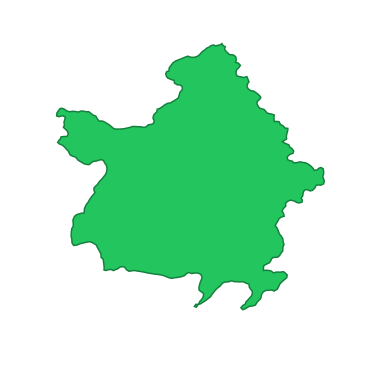 Rio Vermelho, Minas Gerais, Brazil, rotated 248°
{"feature_id": "56859067B81516280099310", "entity_name": "Rio Vermelho", "entity_type": "district", "adm_level": 2, "iso_a3": "BRA", "parent_name": "Brazil", "parent_adm1": "Minas Gerais", "projection": "robinson", "projection_center": [-43.059, -18.249], "detail": "fine", "context": "isolated", "style": "filled", "palette": "green", "viewbox_px": 384, "rotation_deg": 248, "n_neighbors": 0, "source": "geoboundaries", "source_scale": "gbopen_adm2", "svg_char_len": 5422}
<svg xmlns="http://www.w3.org/2000/svg" viewBox="0 0 384 384"><g transform="rotate(248 192 192)"><path d="M318.4,270.6L318.6,268.5L320.2,267.2L320.6,264.6L319.9,261.8L319.9,259.6L319.0,257.3L318.5,254.7L317.5,252.4L316.5,250.5L315.8,247.9L316.0,244.5L317.5,241.2L319.5,239.0L319.6,236.0L319.5,231.5L319.6,228.9L319.6,225.6L318.9,222.7L317.5,220.4L315.7,217.4L312.8,215.9L313.1,213.7L311.7,212.0L309.1,211.6L306.7,212.2L305.2,213.8L303.7,215.2L302.2,217.3L299.6,216.5L296.9,218.5L295.6,221.2L293.5,222.3L290.8,221.6L289.2,218.5L286.7,216.4L284.4,214.6L283.7,211.9L283.2,208.6L282.7,205.4L283.4,202.6L283.0,199.2L282.0,195.9L281.6,192.9L281.8,190.8L279.5,189.4L278.1,185.8L276.3,184.2L274.6,183.4L272.2,183.7L270.1,182.1L269.9,179.5L270.7,176.8L269.7,174.2L269.7,171.9L271.4,169.4L272.6,166.8L273.7,164.5L275.0,161.6L275.1,159.2L275.5,156.3L276.2,152.4L277.1,149.5L278.0,147.0L279.2,144.3L280.7,142.8L283.3,141.5L285.4,140.4L287.3,138.9L289.5,137.3L291.5,135.3L292.5,132.5L295.5,131.5L298.3,131.3L300.6,128.9L302.8,127.7L305.1,126.4L306.1,123.8L307.8,121.4L308.7,119.3L308.7,116.6L310.7,113.4L311.7,111.0L312.3,108.4L314.1,106.3L316.5,104.7L318.3,102.9L318.8,100.9L317.3,98.4L315.7,96.2L313.2,95.0L311.7,96.8L311.2,100.7L308.9,102.6L306.6,101.0L304.6,99.4L301.7,98.7L300.1,97.0L297.2,98.4L294.8,99.2L292.1,99.1L290.3,96.8L291.4,94.2L292.2,91.3L290.5,89.8L289.7,87.9L288.3,86.0L286.0,87.2L284.0,89.4L281.0,90.8L278.1,91.8L276.1,92.7L274.0,92.7L271.6,93.1L269.8,94.9L268.2,96.8L266.3,97.7L264.0,98.4L260.9,100.8L258.6,102.5L257.0,104.7L255.9,107.1L257.0,109.9L257.3,112.3L256.6,114.3L256.4,117.0L256.0,120.1L254.4,121.7L251.7,121.9L248.2,122.7L245.0,121.8L242.5,120.2L240.4,118.0L239.1,115.5L237.6,112.9L236.7,110.7L235.6,108.8L234.4,107.2L233.6,104.9L232.4,102.5L229.9,101.7L227.9,101.8L226.7,99.9L225.7,98.0L224.5,96.0L223.1,93.8L221.6,92.2L220.6,90.4L219.5,88.7L217.1,86.2L214.5,84.9L212.9,84.0L213.7,81.8L214.0,79.4L214.2,76.5L213.5,74.1L211.9,72.3L210.4,71.0L207.6,70.2L204.8,69.1L203.0,66.8L200.4,65.3L198.3,64.3L196.4,63.4L193.3,62.9L189.8,61.7L186.8,62.2L185.9,65.6L186.0,68.4L185.6,71.2L185.2,73.9L184.8,76.1L184.2,78.6L182.7,80.4L180.8,81.9L178.8,83.4L176.1,83.5L173.3,83.9L171.2,84.1L168.6,84.4L165.5,83.2L163.1,84.4L161.2,84.0L158.1,83.2L155.0,82.3L152.6,81.2L151.4,82.9L151.3,85.1L150.5,88.0L148.6,89.6L148.7,92.1L148.6,94.2L149.3,96.8L149.0,99.3L147.4,101.5L144.5,102.1L142.0,104.0L141.3,107.6L140.6,109.5L138.8,112.3L137.4,114.8L135.9,117.1L134.3,119.5L132.7,121.9L131.3,124.3L129.7,126.9L128.3,129.6L126.4,132.7L125.0,134.5L123.1,136.5L120.9,138.8L119.6,140.8L119.1,143.3L118.4,145.9L117.8,148.5L117.4,151.0L117.3,153.7L118.3,156.1L118.6,158.9L116.5,161.2L115.7,164.7L114.3,167.6L112.5,169.1L110.7,169.4L108.8,169.3L107.3,167.9L105.4,166.0L103.1,164.2L100.8,162.6L98.3,161.8L95.7,163.4L93.6,164.7L91.4,163.7L89.7,162.1L88.7,160.4L87.5,158.1L85.4,155.8L85.1,157.9L85.6,160.2L86.1,163.6L87.2,167.3L88.1,170.2L89.7,172.4L91.3,175.2L92.4,177.3L93.4,179.7L94.4,183.2L96.0,185.9L96.2,188.6L95.4,190.9L94.9,193.2L94.9,195.7L93.2,197.3L92.0,200.0L90.7,202.9L89.5,206.0L87.2,208.0L85.1,210.4L82.6,209.5L79.9,209.9L77.2,210.7L74.5,209.4L73.1,207.8L72.1,205.6L70.9,203.3L70.1,201.2L68.2,199.5L67.7,196.5L66.4,194.0L63.9,194.9L63.8,198.1L64.2,200.2L64.5,202.4L63.7,205.1L63.4,208.4L65.6,211.4L66.6,213.8L67.7,216.0L69.5,217.2L71.1,218.2L72.8,220.9L73.0,224.0L72.1,226.3L71.3,229.2L69.4,231.0L69.9,234.6L72.0,237.1L73.8,239.0L75.0,241.6L76.0,244.6L77.0,247.7L79.4,249.2L81.8,248.2L83.9,246.9L84.6,243.8L86.1,240.4L86.6,237.1L88.9,236.0L90.2,234.2L91.6,231.7L92.5,228.8L95.0,229.9L97.0,231.2L97.2,234.2L97.4,237.2L98.7,239.3L100.2,240.6L100.9,242.7L100.0,245.3L99.5,247.3L100.2,249.3L101.9,251.6L103.4,254.1L105.2,254.8L106.9,255.7L108.8,257.6L111.8,257.9L114.5,258.7L117.7,258.2L120.6,257.3L124.4,257.5L127.3,257.3L129.7,256.5L131.4,258.7L133.0,260.9L134.7,262.8L135.3,265.5L135.0,268.4L137.7,268.8L140.9,268.5L142.6,270.9L143.8,273.7L146.7,274.6L147.5,277.4L147.6,280.2L146.3,282.2L144.9,283.8L143.1,285.2L141.7,287.1L141.4,290.3L143.2,291.3L145.4,290.9L146.9,293.2L149.3,294.6L151.0,296.0L151.7,298.1L150.6,300.2L148.8,301.8L148.4,304.3L149.6,307.3L151.6,309.5L151.3,311.8L150.1,313.8L150.2,316.9L152.3,318.7L154.7,318.9L157.2,319.0L160.0,321.1L162.0,321.8L164.5,322.3L166.4,320.7L166.5,318.6L165.6,316.0L166.3,313.6L169.2,312.9L171.5,311.9L173.9,310.5L176.6,308.2L177.9,305.7L179.2,304.1L179.8,301.7L180.1,299.6L180.9,297.3L183.1,296.5L184.5,294.4L186.2,292.7L189.0,293.6L190.3,297.0L190.0,300.0L191.9,301.6L194.4,301.1L197.1,299.5L199.6,299.4L201.1,297.7L202.8,296.1L204.7,294.7L205.3,296.9L205.6,299.5L208.4,300.4L211.1,302.2L213.3,303.9L215.1,304.7L216.3,302.3L219.1,301.3L221.6,299.2L224.3,299.2L225.5,297.5L226.5,294.7L230.1,295.7L232.6,297.1L234.1,295.4L235.4,293.5L237.1,291.2L239.5,290.5L241.5,289.8L243.0,287.8L244.6,286.0L247.2,285.4L249.9,285.3L251.7,286.7L252.5,289.4L254.1,291.3L256.1,290.7L258.4,289.6L260.5,288.3L262.5,286.9L264.0,284.3L266.2,282.9L268.7,282.4L271.2,283.7L272.8,286.1L275.4,286.1L278.4,286.1L278.8,282.8L280.5,280.4L281.6,278.6L282.9,277.1L284.9,277.2L286.8,277.7L288.5,279.1L289.8,282.1L291.3,284.3L294.2,283.2L295.9,280.9L297.9,282.6L301.2,283.2L303.7,281.5L305.4,278.2L307.8,277.1L309.7,276.3L312.0,275.6L314.3,277.2L315.9,275.8L318.4,275.3L317.8,273.2L318.4,270.6ZM85.4,155.8L86.4,153.5L85.0,151.3L83.6,152.8L85.4,155.8Z" fill="#22c55e" stroke="#15803d" stroke-width="1.5"/></g></svg>